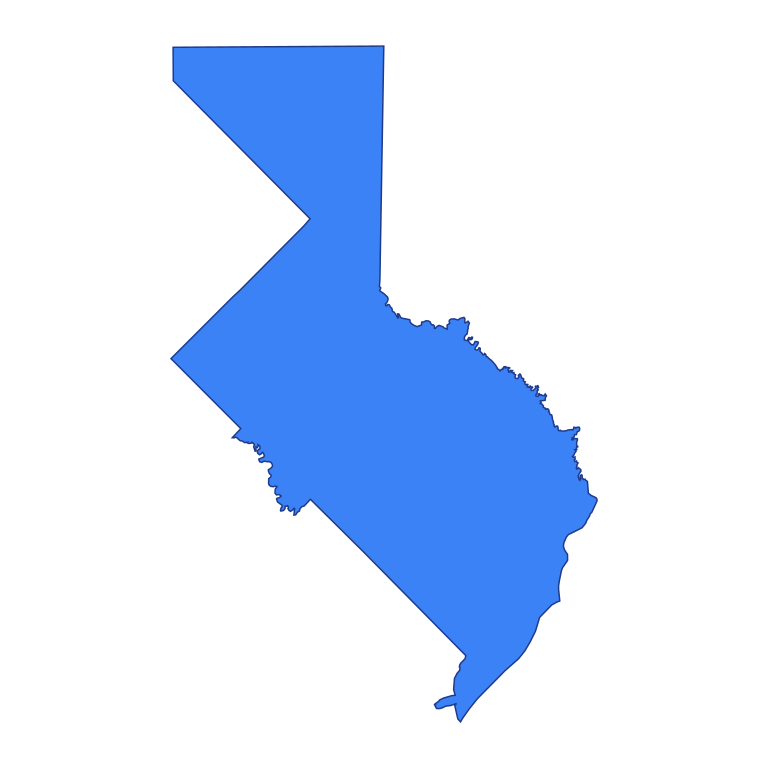 1ro. de Mayo, Chaco, Argentina (Mercator projection)
{"feature_id": "61730980B22683842441482", "entity_name": "1ro. de Mayo", "entity_type": "district", "adm_level": 2, "iso_a3": "ARG", "parent_name": "Argentina", "parent_adm1": "Chaco", "projection": "mercator", "projection_center": [-58.875, -27.18], "detail": "fine", "context": "isolated", "style": "filled", "palette": "blue", "viewbox_px": 768, "rotation_deg": 0, "n_neighbors": 0, "source": "geoboundaries", "source_scale": "gbopen_adm2", "svg_char_len": 6128}
<svg xmlns="http://www.w3.org/2000/svg" viewBox="0 0 768 768"><path d="M173.3,80.8L310.1,218.8L303.7,226.1L240.2,290.0L232.8,296.9L171.0,358.6L240.8,428.6L232.3,437.7L234.1,437.9L234.5,437.4L236.0,437.3L237.4,438.1L238.2,439.1L240.2,440.7L242.2,441.0L244.6,442.6L247.5,442.3L247.1,442.8L249.0,443.5L251.8,443.0L252.1,442.2L254.4,444.4L253.7,446.8L255.1,451.2L255.9,450.9L256.1,446.9L257.4,447.5L258.2,446.2L258.0,444.7L259.9,446.1L260.0,448.8L259.3,449.3L258.8,449.2L257.2,451.1L257.7,453.4L259.7,454.8L261.3,453.8L262.3,452.2L263.5,453.4L264.4,455.9L263.6,457.1L258.8,459.1L259.0,460.3L259.9,461.9L261.9,462.4L263.9,461.2L268.1,461.8L269.0,461.5L271.1,462.5L272.3,464.5L272.5,466.4L270.5,468.5L268.3,469.8L268.5,471.4L269.4,473.6L271.3,475.4L270.8,476.9L268.7,478.7L268.6,483.5L269.1,485.0L270.9,486.4L273.4,486.7L275.5,486.0L276.9,486.6L276.6,487.5L275.6,488.3L275.2,489.6L275.0,493.2L276.4,494.9L279.0,494.6L281.0,495.7L281.0,496.4L278.8,497.8L277.2,498.2L276.5,498.9L277.6,502.0L282.3,505.5L282.1,506.9L281.3,507.4L280.6,509.7L280.5,510.6L280.9,511.1L283.4,510.5L284.4,509.6L285.1,508.2L285.1,506.2L287.1,506.2L287.5,505.7L288.3,506.5L288.5,507.3L287.9,508.5L289.0,510.4L290.5,511.4L292.8,509.9L294.0,508.3L294.6,508.5L293.9,515.1L295.7,514.8L297.3,512.3L299.5,511.0L299.9,508.9L301.3,507.2L301.9,506.6L304.2,506.0L310.4,499.3L363.4,551.8L465.8,655.6L465.1,658.7L460.7,663.2L459.7,665.0L459.4,667.0L459.8,667.1L459.9,669.5L459.5,670.5L457.1,673.3L454.5,678.4L453.6,689.6L455.2,695.3L452.0,695.6L443.4,698.1L439.4,700.1L438.8,701.2L434.9,704.0L434.5,704.7L435.6,705.1L435.1,705.6L435.2,706.1L436.6,708.5L439.6,708.6L442.3,707.8L445.8,706.1L450.7,705.5L456.6,703.5L454.7,705.2L457.8,718.9L460.5,721.9L463.0,717.7L469.3,708.8L477.6,698.5L505.1,670.6L518.7,658.6L524.9,650.8L530.1,642.0L535.5,631.1L539.6,617.4L551.8,604.9L556.6,602.2L559.8,601.0L558.6,589.5L558.6,585.7L559.3,581.1L561.3,571.2L562.5,567.7L567.5,560.5L567.6,559.6L567.5,554.4L564.7,550.2L563.6,547.1L563.5,544.8L564.1,542.2L566.5,536.9L568.4,534.6L582.0,527.8L583.2,526.4L585.7,523.2L586.8,520.4L589.5,516.0L590.3,513.7L591.7,512.5L597.0,501.0L597.0,499.2L596.0,497.7L591.1,495.4L588.4,493.3L587.4,481.4L585.8,480.4L585.2,479.2L583.6,479.5L582.9,478.5L582.3,478.6L582.1,475.3L581.7,474.8L581.2,474.8L580.1,476.2L580.5,478.5L580.1,480.3L579.1,479.7L578.9,478.1L578.1,476.6L579.1,473.8L581.0,471.2L580.7,469.5L578.3,467.7L577.4,468.7L576.8,469.0L576.6,468.7L576.3,467.4L577.1,466.0L576.7,465.2L577.9,463.4L578.0,462.8L576.7,462.1L576.7,461.2L576.3,460.9L575.0,461.6L574.3,460.6L574.4,459.6L575.3,459.0L574.8,457.8L575.0,457.0L573.4,457.3L572.5,456.6L574.0,454.9L574.9,452.7L576.0,451.5L575.9,450.9L574.9,449.7L576.7,449.7L576.8,449.3L576.3,448.6L576.6,447.3L577.8,446.8L577.6,446.2L576.9,446.1L576.6,444.7L576.7,442.1L577.5,439.9L577.3,438.7L574.4,438.6L573.5,438.9L573.0,439.8L572.1,439.9L571.8,439.6L571.9,438.0L574.2,436.9L574.6,434.6L576.4,434.6L577.2,431.8L578.8,431.1L579.5,430.3L579.7,428.3L579.2,427.3L578.5,427.1L576.2,427.5L575.8,428.2L574.7,427.3L573.9,427.2L573.1,429.8L571.0,429.6L567.6,430.1L566.2,430.8L562.5,431.1L561.0,430.9L560.2,430.2L559.1,430.8L558.2,430.1L558.0,427.2L557.5,426.1L556.0,426.1L555.1,427.0L554.3,426.6L554.1,424.5L553.5,423.8L553.5,421.9L552.6,419.8L552.1,416.4L551.6,414.8L550.0,414.5L549.4,412.3L548.6,411.9L549.0,411.2L548.9,410.1L548.0,408.9L547.2,408.8L545.9,409.5L545.5,409.3L545.6,408.4L543.3,407.3L543.4,405.7L542.6,405.1L542.0,404.0L540.3,403.6L541.1,402.4L540.4,401.7L540.3,400.9L544.8,400.4L545.3,400.1L545.3,397.8L546.5,395.8L545.2,394.0L544.3,395.7L541.6,395.2L541.2,394.7L539.7,395.1L539.5,393.8L539.1,393.6L538.3,394.4L538.0,396.4L537.0,396.4L535.8,395.8L536.0,394.5L537.0,393.7L537.3,390.8L538.1,390.1L538.2,389.6L537.7,389.3L537.5,388.5L538.6,387.3L537.9,385.7L537.4,385.7L537.1,386.3L536.5,386.5L535.5,386.2L535.3,386.7L536.0,387.3L535.8,388.0L533.1,390.5L531.2,390.4L530.9,389.9L531.0,388.6L531.8,388.4L532.6,387.3L532.2,386.9L531.0,387.1L530.5,386.1L529.1,386.4L529.3,387.2L528.8,387.5L527.2,386.9L527.1,385.9L527.8,384.5L526.6,384.3L525.7,384.6L525.0,384.1L524.9,382.4L525.3,381.8L523.7,381.3L523.2,380.6L523.7,379.6L523.5,378.6L521.7,378.0L520.6,374.5L519.9,374.0L518.6,375.0L518.4,375.7L518.9,375.9L518.9,376.9L517.7,378.5L516.1,378.5L515.4,378.1L515.0,377.2L515.6,374.7L514.1,374.1L513.9,372.5L512.3,372.8L511.5,372.2L512.5,370.6L510.2,370.4L509.9,370.8L509.9,371.9L508.9,372.2L507.9,369.5L509.7,368.0L508.9,367.5L507.2,367.6L506.3,367.1L506.0,367.8L505.4,368.0L505.0,366.6L503.9,366.8L503.5,368.1L502.6,368.3L502.9,369.2L502.7,369.5L501.1,369.5L500.6,370.6L499.9,370.9L498.8,369.4L497.2,368.7L497.1,367.4L496.3,366.6L495.8,365.4L491.2,360.2L489.8,359.3L487.3,356.8L486.3,356.7L486.0,355.0L485.2,353.9L484.6,353.5L484.1,354.6L482.9,354.8L482.3,353.5L480.0,351.3L480.3,348.6L479.8,347.9L479.1,347.8L477.8,349.8L477.0,350.1L476.1,349.9L475.0,349.2L475.1,348.0L477.7,344.5L478.2,343.1L478.2,342.2L477.7,341.8L475.1,341.5L473.5,344.7L471.5,344.7L468.4,341.3L468.4,340.7L469.4,339.4L470.9,339.7L471.7,339.4L472.4,338.5L472.5,337.3L472.0,337.0L471.2,338.3L469.6,337.6L468.7,337.6L467.3,340.3L466.6,340.6L464.3,339.8L464.5,336.9L465.7,335.0L467.0,334.1L467.7,330.9L467.5,330.1L468.2,328.5L468.1,326.8L469.4,323.0L468.0,321.2L466.0,322.7L465.1,322.8L464.7,322.3L464.9,319.0L464.5,317.9L463.8,317.4L460.2,318.4L457.9,320.0L454.4,318.9L452.0,319.0L450.9,319.1L449.4,320.2L449.1,321.5L449.8,323.2L447.1,325.1L447.2,329.1L443.6,327.7L443.2,326.9L439.1,325.4L437.2,326.3L435.3,328.5L434.5,328.3L434.4,325.9L433.2,324.8L432.5,325.0L431.2,324.3L430.1,321.9L428.3,320.9L425.9,320.8L423.4,322.0L421.7,322.1L421.5,325.0L417.1,326.6L414.1,325.4L411.6,323.8L410.1,322.0L409.9,320.0L409.4,319.6L401.6,318.1L400.6,317.2L398.9,314.0L398.4,313.9L397.6,313.9L398.5,317.7L397.9,318.0L394.2,312.2L392.6,311.5L391.8,308.2L390.2,306.8L389.4,304.9L388.2,304.5L387.4,304.8L386.9,305.7L386.0,305.8L385.4,304.0L386.7,302.7L387.5,301.2L388.0,299.6L388.0,298.3L387.5,297.0L384.1,293.8L379.6,290.7L380.6,288.5L380.6,287.5L379.4,286.7L379.9,280.1L383.8,46.1L173.1,47.3L173.3,80.8Z" fill="#3b82f6" stroke="#1e3a8a" stroke-width="1.5"/></svg>